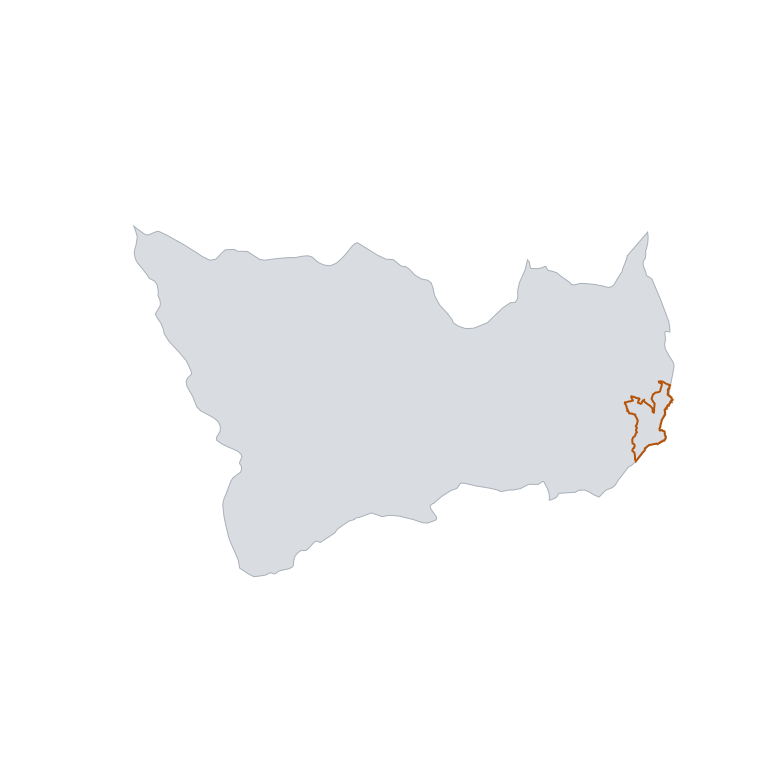 location of Baboua, Nana-Mambéré, Central African Republic, rotated 197°
{"feature_id": "33826404B17315710707848", "entity_name": "Baboua", "entity_type": "district", "adm_level": 2, "iso_a3": "CAF", "parent_name": "Central African Republic", "parent_adm1": "Nana-Mambéré", "projection": "natural_earth1", "projection_center": [14.687, 5.816], "detail": "fine", "context": "in_parent", "style": "outline", "palette": "amber", "viewbox_px": 768, "rotation_deg": 197, "n_neighbors": 0, "source": "geoboundaries", "source_scale": "gbopen_adm2", "svg_char_len": 8865}
<svg xmlns="http://www.w3.org/2000/svg" viewBox="0 0 768 768"><g transform="rotate(197 384 384)"><path d="M521.0,279.2L527.4,281.2L528.6,283.5L526.9,291.0L528.1,295.7L531.8,299.6L535.5,301.3L539.0,302.3L551.4,304.7L556.5,307.5L563.3,316.2L571.8,324.2L573.9,328.5L573.6,332.3L571.1,337.0L571.5,338.9L575.4,343.6L579.9,348.4L588.1,353.8L602.3,362.1L608.8,367.7L611.1,371.9L614.7,376.5L619.8,380.7L623.2,384.0L620.9,393.1L621.6,396.2L622.9,398.8L625.9,402.4L627.1,407.0L630.1,412.8L633.6,415.4L639.4,416.4L642.5,419.1L648.9,423.7L655.2,427.7L657.8,430.4L659.5,432.9L660.9,435.7L661.6,438.6L661.8,444.8L662.9,452.5L666.3,457.8L669.4,461.7L656.7,457.2L654.8,457.1L652.6,457.9L646.0,463.4L643.9,464.1L635.5,462.9L615.3,458.5L599.8,454.3L595.1,452.8L586.8,451.4L581.3,454.2L576.2,464.1L574.8,466.0L566.7,468.9L562.9,468.1L553.5,470.8L539.1,466.8L533.9,467.6L529.9,469.6L519.5,474.1L513.2,476.6L505.9,478.9L499.0,482.5L494.3,484.4L489.7,484.4L485.6,482.4L481.0,480.7L475.6,480.3L470.0,481.3L465.2,485.3L463.3,488.0L459.2,495.5L454.3,507.6L452.4,510.0L450.6,511.3L428.0,505.3L418.3,503.9L411.7,505.7L403.5,502.3L399.9,501.7L398.2,502.8L393.6,501.3L386.1,497.1L379.0,495.4L372.6,496.0L368.6,494.6L365.5,490.6L361.4,483.2L354.0,475.9L344.1,470.1L338.0,465.7L335.5,462.7L330.2,461.1L322.1,460.8L314.3,463.7L303.1,472.8L292.7,491.5L286.9,498.7L282.3,500.5L281.1,505.1L283.4,512.2L284.1,520.5L282.4,534.5L283.1,544.7L280.6,543.1L278.2,538.3L277.1,537.4L270.2,539.5L266.6,541.5L264.7,543.4L263.3,543.6L261.1,541.0L259.4,540.6L256.7,541.0L253.9,541.0L252.1,540.7L251.0,540.9L247.7,539.3L235.9,535.4L233.9,534.1L231.5,534.2L225.4,537.7L222.1,538.6L212.3,540.7L201.9,541.8L197.9,541.8L195.1,543.4L193.3,545.5L190.1,558.5L189.2,560.7L189.4,564.0L188.5,574.4L188.9,577.7L176.3,606.3L174.3,601.5L173.0,595.9L172.5,589.5L172.8,587.8L171.9,585.9L170.9,580.6L171.9,577.3L171.1,573.7L168.6,570.3L166.4,567.6L165.1,565.2L164.1,564.2L161.6,563.8L158.4,562.6L144.4,545.8L129.9,527.0L127.0,520.9L125.8,517.3L129.4,516.9L130.3,516.3L130.3,514.7L128.1,509.8L127.1,503.7L125.3,499.9L119.6,494.2L114.2,489.8L112.5,487.5L111.5,484.3L109.4,463.9L108.5,458.1L106.8,455.6L105.5,454.4L105.1,453.0L105.3,449.4L106.0,446.1L106.0,444.9L107.4,442.0L107.4,423.2L105.7,420.6L102.4,420.6L100.7,417.8L99.3,414.4L99.7,411.9L102.8,408.1L104.9,406.6L111.1,403.6L112.8,402.1L113.9,400.2L114.6,397.7L118.2,388.0L123.5,378.4L125.8,376.4L131.2,362.2L132.4,358.5L133.3,354.9L135.0,352.0L140.9,347.2L145.3,338.7L150.1,339.2L155.0,340.5L161.3,341.2L166.3,339.5L169.5,336.3L184.8,330.6L185.9,326.1L188.3,323.7L191.1,321.6L192.1,321.3L192.3,322.8L194.0,327.5L197.5,332.2L202.6,337.3L204.0,337.0L207.2,333.1L215.2,330.7L217.2,329.6L222.8,324.0L229.6,320.3L233.6,319.1L240.5,315.3L245.4,315.8L253.2,315.2L266.3,313.4L275.8,312.8L280.6,312.1L281.8,311.4L283.6,305.9L285.1,304.4L288.6,302.0L295.6,293.8L300.1,286.9L301.5,284.4L302.5,283.9L304.4,281.0L302.5,278.0L294.6,271.9L294.7,271.0L294.3,270.0L294.7,269.1L297.7,266.6L301.7,263.8L306.0,262.7L317.1,262.9L326.7,262.3L328.9,262.4L336.3,261.0L341.4,259.7L346.6,256.7L358.4,257.0L368.2,249.5L371.0,248.1L372.3,247.0L372.6,245.8L377.2,242.8L382.4,236.6L386.4,231.1L387.5,227.2L398.6,213.8L402.5,214.1L404.4,212.5L408.7,203.6L410.1,201.9L414.7,200.4L416.8,197.8L418.7,193.9L418.7,189.0L417.8,185.1L417.8,183.2L418.8,181.5L420.6,179.8L429.1,175.0L431.2,172.7L432.5,170.6L434.8,170.2L437.4,170.4L439.0,169.1L440.9,167.0L446.7,164.0L452.1,161.7L457.8,162.7L468.2,165.7L471.3,172.0L472.8,174.2L485.7,189.2L488.2,192.8L494.6,203.7L498.5,211.0L503.0,221.6L503.5,227.3L502.9,232.2L502.1,246.1L501.0,250.2L495.4,257.7L495.2,261.0L496.4,263.8L498.1,265.0L499.2,266.4L498.6,272.9L500.6,275.4L504.8,277.1L515.5,278.3L521.0,279.2Z" fill="#d9dde1" stroke="#a8b0b8" stroke-width="1"/><path d="M121.8,466.7L121.6,466.2L121.4,465.9L118.3,465.5L118.0,463.8L118.0,461.4L117.9,457.7L118.4,457.0L120.0,456.0L121.8,455.2L122.9,453.7L123.7,452.7L123.7,450.2L123.9,448.4L123.3,447.5L121.0,445.4L119.8,444.7L119.5,444.4L119.3,443.8L119.3,443.5L118.8,441.4L118.7,440.6L118.7,439.9L118.4,439.0L118.0,438.2L117.8,437.1L117.7,436.5L117.5,435.8L117.6,435.5L118.7,435.8L119.0,436.0L119.3,436.6L119.4,437.6L119.6,438.3L119.8,438.8L120.4,439.2L122.3,440.5L123.1,440.9L125.1,441.5L125.8,441.7L127.6,442.4L129.0,442.8L129.6,443.1L130.2,443.6L130.4,444.1L130.6,444.8L131.3,444.2L131.6,443.7L132.1,442.5L132.0,441.9L132.0,441.1L132.6,440.1L135.6,440.4L135.6,440.8L135.8,441.9L135.8,442.2L135.6,442.8L135.6,443.3L135.3,444.3L135.5,444.6L135.8,444.8L136.2,444.8L136.6,444.6L137.5,444.4L138.3,444.6L139.2,444.4L140.4,444.7L141.4,444.6L143.3,444.6L143.7,444.6L143.7,443.5L142.3,442.1L141.6,441.5L141.2,441.0L142.4,440.0L143.2,439.5L143.9,439.3L145.3,438.6L146.9,437.3L148.1,437.0L148.1,435.9L146.5,434.6L145.9,433.8L145.4,433.4L145.1,432.5L144.8,431.8L144.2,431.2L143.5,430.8L143.3,430.6L143.2,430.3L143.3,430.2L143.5,429.8L143.6,429.6L143.5,429.4L143.4,429.2L143.1,429.2L142.4,429.2L142.0,429.1L141.5,428.4L141.4,428.1L141.3,427.9L141.1,427.7L140.7,427.7L139.4,427.8L139.1,427.9L138.7,428.2L138.3,428.3L137.9,428.1L136.8,428.0L136.3,427.9L135.9,428.0L135.5,428.2L135.2,428.2L134.9,428.2L134.7,428.0L134.6,427.8L134.6,427.4L132.6,425.4L130.7,423.4L130.5,422.0L130.4,418.8L130.7,418.4L130.9,417.3L130.5,416.9L129.7,416.4L129.3,415.9L129.6,413.9L129.5,413.4L129.3,413.1L128.3,412.0L128.1,411.9L128.0,411.7L128.5,411.2L128.7,410.6L128.8,409.0L128.6,408.2L128.8,407.7L130.2,405.6L130.3,403.2L128.9,399.8L127.6,399.7L126.8,399.2L126.2,398.3L126.3,397.2L126.0,396.4L126.3,395.9L127.0,395.1L127.2,393.7L126.9,392.6L124.7,391.8L123.5,389.8L122.7,387.8L121.9,385.3L120.6,383.7L116.6,394.3L115.3,396.5L115.7,398.7L113.0,402.7L112.9,403.0L108.4,405.4L108.1,405.5L105.8,406.7L104.6,406.5L104.5,406.8L104.0,407.6L103.9,407.7L103.6,407.8L103.3,408.1L103.0,408.4L102.7,409.5L102.3,409.7L102.0,409.7L101.8,409.7L101.6,409.9L101.4,410.0L101.3,410.5L101.1,410.7L101.0,411.2L100.8,411.4L100.6,411.5L100.1,411.4L99.6,411.6L99.2,411.8L99.2,412.0L99.3,412.6L99.3,412.9L99.2,413.2L98.8,413.8L98.7,414.0L98.6,414.3L98.7,414.5L99.0,415.3L99.0,416.0L99.6,416.6L100.0,416.8L100.3,417.1L100.6,417.5L100.8,418.0L100.9,418.9L101.2,419.2L101.3,419.4L101.6,420.4L102.0,420.7L102.2,420.8L102.8,420.8L103.6,420.7L103.9,420.8L104.4,421.2L104.8,421.2L105.1,420.9L105.6,420.8L105.8,420.6L105.9,420.4L106.1,420.3L106.3,420.2L106.5,420.2L106.8,420.3L107.0,420.6L107.1,420.8L107.2,421.1L107.3,421.3L107.5,421.7L107.6,422.0L107.5,422.4L107.5,422.6L107.4,422.9L107.3,423.3L107.4,423.5L107.2,423.8L107.3,423.9L107.3,424.4L107.4,424.6L107.5,424.8L107.5,425.2L107.6,425.4L107.6,425.6L107.7,426.4L107.7,426.7L107.6,426.8L107.6,427.1L107.7,427.3L107.7,427.5L107.7,427.8L107.7,428.1L107.6,428.3L107.7,428.6L107.7,429.1L107.7,429.5L107.8,429.7L107.8,430.1L107.9,430.5L107.9,431.1L107.6,431.9L107.4,432.3L107.4,432.5L107.2,433.2L107.0,433.7L107.0,433.9L107.0,434.1L107.0,434.5L106.9,434.6L106.7,434.9L106.7,435.2L106.6,435.3L106.5,435.5L106.6,435.8L106.3,436.3L106.3,436.7L106.2,436.9L106.3,437.0L106.3,437.3L106.3,437.5L106.5,437.8L106.7,438.1L106.8,438.2L106.9,438.5L107.0,439.1L106.9,439.2L107.0,439.4L107.1,439.8L107.4,440.3L107.6,440.5L107.8,440.9L107.9,441.1L108.0,441.1L108.0,441.3L107.9,441.3L107.7,441.5L107.5,441.9L107.4,442.0L107.3,442.3L107.3,442.5L107.5,442.7L107.5,442.8L107.3,442.9L107.3,443.1L107.2,443.1L107.3,443.2L107.1,443.4L107.0,443.6L106.8,443.6L106.7,443.7L106.6,443.8L106.8,443.9L106.8,444.0L106.9,444.3L106.8,444.7L106.7,444.9L106.7,445.0L106.6,445.4L106.7,445.8L106.7,446.1L106.5,446.3L106.4,446.5L106.3,446.4L106.1,446.4L105.9,446.4L105.8,446.5L105.7,446.7L105.4,446.7L105.5,446.9L105.5,447.0L105.4,447.3L105.5,447.4L105.5,447.8L105.2,448.1L105.0,448.5L105.1,449.2L104.9,449.3L104.9,449.5L104.8,449.9L104.7,449.9L104.7,450.0L104.6,450.4L104.6,450.5L104.4,450.8L104.4,451.0L104.2,451.0L104.3,451.1L104.5,451.2L104.3,451.4L104.4,451.5L104.5,451.5L104.5,451.4L104.5,451.5L104.4,451.7L104.4,451.8L104.2,451.8L104.0,452.0L103.9,452.2L103.8,452.3L103.7,452.4L103.6,452.5L103.4,452.9L103.5,452.9L103.5,453.1L103.5,453.3L103.8,453.6L104.3,454.0L104.5,454.2L104.8,454.6L105.0,454.7L105.3,454.9L105.3,455.2L105.5,455.2L105.6,455.3L106.3,455.5L106.5,455.8L106.9,455.8L107.1,456.0L107.3,456.0L107.6,455.9L107.8,456.0L108.0,456.0L108.3,456.2L108.8,456.2L108.9,456.3L109.0,456.4L109.0,456.8L109.6,457.2L109.8,457.2L109.8,457.5L109.7,457.7L109.8,458.1L109.7,458.3L109.9,458.7L110.0,458.9L110.2,459.5L110.2,459.9L110.3,460.3L110.5,460.4L110.7,460.9L110.6,461.3L110.9,461.5L110.9,461.8L110.8,462.2L110.6,462.2L110.5,462.6L110.3,462.8L110.1,462.8L109.9,462.9L109.9,463.5L110.2,463.9L110.3,464.1L110.2,464.7L110.2,464.8L110.4,465.1L110.3,465.5L110.5,465.8L110.5,466.0L110.1,466.3L110.3,466.5L110.2,466.6L110.3,466.7L112.7,466.6L115.0,466.9L117.3,467.6L119.0,467.7L120.4,467.5L121.3,466.8L121.8,466.7Z" fill="none" stroke="#b45309" stroke-width="2"/></g></svg>